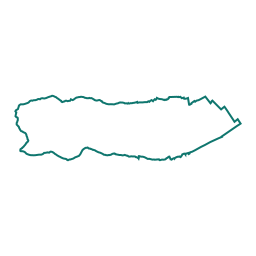 Siculeni, Harghita, Romania
{"feature_id": "2599482B95661688593457", "entity_name": "Siculeni", "entity_type": "district", "adm_level": 2, "iso_a3": "ROU", "parent_name": "Romania", "parent_adm1": "Harghita", "projection": "mercator", "projection_center": [25.693, 46.43], "detail": "fine", "context": "isolated", "style": "outline", "palette": "teal", "viewbox_px": 256, "rotation_deg": 0, "n_neighbors": 0, "source": "geoboundaries", "source_scale": "gbopen_adm2", "svg_char_len": 5745}
<svg xmlns="http://www.w3.org/2000/svg" viewBox="0 0 256 256"><path d="M239.6,124.3L240.6,123.6L237.7,119.2L234.5,121.8L232.7,119.0L228.7,113.0L227.7,111.4L224.9,107.3L224.4,106.7L221.1,109.4L212.4,100.6L211.7,101.2L211.5,101.5L211.2,102.5L210.5,103.3L205.3,96.6L200.5,99.2L198.5,100.2L196.6,100.6L195.1,101.7L194.4,101.0L191.5,103.1L191.4,103.8L190.2,104.3L189.9,104.7L189.4,104.8L189.1,104.7L188.0,98.0L187.0,98.4L185.1,98.8L184.1,98.7L183.8,97.6L181.8,98.2L180.3,96.8L179.8,97.0L179.1,97.1L178.5,96.8L178.0,97.1L177.1,96.8L171.0,97.0L169.5,97.0L168.7,97.6L168.8,98.2L167.8,99.2L166.3,99.8L166.2,99.5L165.0,99.9L164.3,99.7L164.1,100.0L161.9,99.2L159.7,99.0L158.4,98.7L156.9,97.9L156.6,98.7L156.2,99.2L155.7,99.8L154.8,99.2L153.5,100.5L153.0,101.2L152.1,100.5L151.6,100.1L150.3,100.8L149.3,101.8L148.3,101.3L147.5,101.9L147.2,102.1L145.7,102.1L144.1,102.2L142.8,102.4L140.6,102.4L139.4,102.4L137.5,102.8L137.2,101.9L135.9,102.4L135.3,102.5L133.8,102.9L133.0,102.9L132.0,103.2L130.3,103.2L129.5,103.5L128.8,103.5L128.2,103.4L128.1,103.2L127.6,103.6L127.1,103.5L126.3,103.3L124.9,103.4L124.6,103.3L124.1,102.9L123.2,102.7L122.2,102.5L120.4,102.5L120.1,102.4L119.4,102.7L118.9,102.8L118.0,103.3L116.4,103.6L114.1,104.4L112.9,104.3L111.7,104.2L111.2,104.3L110.4,104.2L108.9,104.3L107.1,104.0L106.0,103.7L105.4,103.4L104.8,103.1L104.0,102.8L103.2,102.7L102.2,102.0L102.2,101.5L101.4,101.0L101.1,101.0L100.1,100.3L99.8,100.1L99.2,100.0L97.2,100.5L96.1,100.5L94.7,100.1L94.4,99.7L93.8,99.5L93.0,98.9L91.5,98.1L90.1,98.2L89.3,97.9L88.5,98.2L86.8,98.2L85.9,97.9L85.1,97.9L84.4,97.5L83.9,97.3L83.2,97.0L82.6,97.0L81.6,96.8L80.7,96.8L80.1,97.0L78.6,97.1L78.0,97.3L76.4,97.6L75.3,98.3L73.5,99.7L72.6,100.1L72.3,100.0L70.9,99.3L70.6,100.0L70.0,100.8L68.7,100.9L67.7,101.2L66.3,100.7L65.3,100.8L64.7,101.3L63.9,101.6L63.3,101.6L62.7,102.0L62.2,102.1L61.4,101.6L61.1,100.8L60.3,100.4L58.1,98.7L57.2,98.2L56.1,97.2L55.6,97.1L54.0,96.3L53.3,96.0L52.4,95.8L52.0,95.8L50.8,96.4L50.1,96.5L49.4,96.8L48.6,97.0L46.0,98.1L44.3,98.5L42.2,98.2L41.0,98.5L40.2,98.9L40.1,99.2L39.4,99.2L38.3,99.0L37.5,99.3L37.0,99.7L36.0,100.0L35.2,100.2L34.0,100.2L33.0,100.4L32.5,100.7L31.2,100.5L29.7,101.2L29.0,102.1L28.4,102.6L27.3,103.1L24.6,104.0L23.3,104.3L20.7,104.3L19.3,105.2L18.8,106.0L18.8,106.5L18.5,107.2L18.0,109.0L15.8,110.4L15.4,111.3L15.7,111.7L15.9,112.1L16.3,112.4L15.5,116.2L15.6,116.3L16.4,117.2L17.2,117.4L17.6,117.7L17.8,118.6L17.8,119.4L17.8,119.6L17.8,120.2L17.5,120.7L17.2,122.0L16.8,122.5L16.7,123.5L16.6,123.9L16.7,124.6L17.8,125.7L18.2,126.3L18.5,126.4L18.8,126.8L19.0,127.4L19.2,128.0L19.3,128.3L19.5,128.7L19.8,129.0L20.1,129.8L20.4,130.1L20.9,130.9L21.3,131.2L22.5,131.5L23.1,132.1L25.2,133.0L25.9,133.8L26.1,134.2L26.4,134.9L26.5,135.8L27.0,136.8L27.5,138.5L27.5,139.1L27.8,139.6L27.9,139.8L28.1,140.0L28.3,140.6L28.2,140.9L27.8,141.7L27.3,141.9L26.9,142.5L26.2,143.1L26.2,143.4L25.8,143.8L25.6,144.2L25.1,144.9L24.6,145.4L24.2,145.9L23.7,146.5L23.4,146.9L22.9,147.2L22.7,147.3L22.3,148.0L21.9,148.1L21.7,148.4L20.5,149.2L20.4,149.6L20.3,150.1L20.3,150.6L20.4,151.0L20.8,151.2L22.2,151.2L23.7,151.5L25.1,152.3L26.4,153.7L27.0,154.0L28.8,154.7L30.3,155.1L31.2,155.2L32.6,155.2L33.1,155.3L35.3,155.2L38.8,154.7L41.1,154.7L42.5,154.2L43.3,153.7L43.8,153.2L44.1,152.9L44.4,152.9L45.7,152.8L47.4,152.4L47.7,152.4L48.1,152.6L48.3,152.6L48.9,152.5L49.3,152.6L50.1,151.9L50.4,151.7L51.2,151.7L51.7,151.8L52.7,152.1L53.2,152.6L53.7,152.8L54.2,153.2L54.8,153.8L56.2,154.6L57.5,155.6L58.6,156.1L59.1,156.5L60.4,157.0L61.3,157.6L61.7,157.7L62.4,158.1L63.9,158.6L65.3,158.8L66.0,159.0L66.5,159.2L66.8,159.4L67.0,159.6L67.2,160.0L67.4,160.1L68.1,160.2L69.2,159.6L70.0,159.4L70.4,159.5L71.8,159.0L72.9,158.7L73.9,158.2L74.7,157.6L75.3,157.3L76.6,156.8L77.2,156.6L77.6,156.4L78.1,156.2L78.9,155.9L79.5,155.2L80.3,154.2L81.5,151.9L82.6,149.9L83.0,149.7L83.5,149.1L84.7,148.4L85.2,148.0L85.7,147.8L86.8,147.8L87.5,147.5L87.8,147.6L88.4,148.2L89.1,148.6L89.8,148.5L90.4,148.8L90.6,148.8L90.8,149.0L91.5,149.1L93.0,149.9L93.4,149.8L95.3,150.5L95.9,151.0L96.9,151.5L97.9,152.0L98.9,152.4L99.9,152.6L101.5,153.3L102.9,154.0L103.6,154.6L104.3,154.8L104.9,154.8L105.6,154.9L105.8,155.1L106.6,155.2L107.7,155.3L108.8,155.0L109.3,155.1L109.9,154.9L110.6,154.9L112.3,153.9L113.3,153.6L114.4,153.5L114.5,153.8L115.4,153.9L115.7,154.3L116.6,154.4L117.1,154.6L118.1,154.7L119.2,155.0L120.9,155.0L121.7,155.2L122.4,155.4L123.9,155.2L124.7,154.9L127.2,155.8L127.6,155.7L128.5,156.4L128.9,156.6L129.8,156.6L131.2,156.3L133.0,156.5L133.8,156.4L135.0,156.5L135.4,156.7L135.8,157.1L136.4,157.1L136.7,157.2L137.0,157.3L137.4,157.7L138.4,158.2L138.6,158.5L138.9,157.3L138.9,156.1L139.3,156.1L140.8,156.6L141.6,156.7L142.6,156.7L143.2,156.8L144.5,157.2L146.5,158.2L147.6,158.9L148.8,158.9L149.2,158.8L151.6,159.4L152.2,159.6L154.1,159.5L154.5,159.7L156.4,159.6L157.1,159.4L158.3,159.5L158.9,159.3L159.6,160.1L160.3,160.1L161.5,159.7L162.5,159.6L163.6,159.7L165.2,159.4L165.6,159.2L165.9,158.9L166.2,158.5L166.5,158.2L167.1,158.0L168.1,157.4L168.2,157.1L168.5,156.8L169.4,156.6L170.5,159.0L170.6,159.3L171.3,159.2L171.6,159.5L171.8,159.3L172.4,159.2L172.8,158.7L173.2,158.5L174.0,158.2L174.5,158.3L174.6,158.5L174.9,158.0L175.9,157.5L176.4,157.1L176.7,157.1L177.0,157.0L178.1,156.6L179.0,156.8L179.5,156.5L180.0,156.7L180.5,157.1L180.9,156.8L181.4,155.9L181.8,155.6L181.9,155.3L182.2,154.8L182.3,154.4L184.2,153.6L184.9,153.8L185.0,154.0L185.3,154.4L185.3,154.0L185.5,153.7L186.3,153.7L186.8,153.4L187.0,153.5L187.4,153.3L187.8,153.2L188.0,153.0L188.4,152.9L188.6,153.1L188.6,153.5L188.8,154.0L189.5,153.6L190.1,152.3L192.2,151.7L195.1,150.2L201.2,146.8L204.7,145.1L210.4,142.0L218.7,138.2L221.9,136.9L221.7,136.5L237.1,125.9L239.6,124.3Z" fill="none" stroke="#0f766e" stroke-width="2"/></svg>